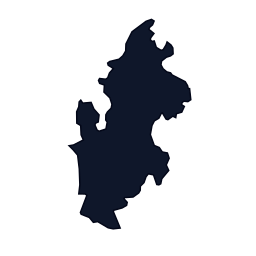 outline of Buckinghamshire, rotated 225°
{"feature_id": "GBR-2040", "entity_name": "Buckinghamshire", "entity_type": "Administrative County", "adm_level": 1, "iso_a3": "GBR", "parent_name": "United Kingdom", "parent_adm1": "", "projection": "mercator", "projection_center": [-0.785, 51.775], "detail": "fine", "context": "isolated", "style": "filled", "palette": "ink", "viewbox_px": 256, "rotation_deg": 225, "n_neighbors": 0, "source": "natural_earth", "source_scale": "10m", "svg_char_len": 1736}
<svg xmlns="http://www.w3.org/2000/svg" viewBox="0 0 256 256"><g transform="rotate(225 128 128)"><path d="M116.2,46.6L121.9,53.8L133.5,64.6L144.4,73.2L151.4,73.8L157.1,73.8L154.5,77.5L151.1,88.0L156.3,90.0L163.2,96.3L167.6,95.2L175.8,103.2L177.8,108.2L181.0,111.9L181.1,114.3L177.6,113.6L172.2,120.0L165.5,117.3L157.7,116.8L153.3,111.2L154.3,108.9L153.7,106.8L148.5,104.7L146.2,105.2L142.9,111.7L146.9,117.5L149.4,117.9L153.0,121.7L153.9,124.8L153.9,130.0L156.1,133.4L162.1,136.5L170.4,136.4L175.1,141.7L179.6,139.5L182.5,140.8L183.1,142.9L178.3,146.7L177.8,149.1L180.0,153.8L180.4,159.7L186.4,158.4L188.3,159.5L188.0,162.0L183.0,170.3L182.7,175.4L184.1,180.8L188.9,186.0L193.2,198.9L190.7,216.2L188.2,221.4L185.2,222.1L183.6,218.3L183.9,214.5L183.1,212.5L176.5,213.2L175.7,207.7L174.3,206.0L172.2,206.3L171.0,208.1L165.0,205.0L159.6,206.3L158.5,208.2L159.8,213.5L161.2,216.5L156.2,217.1L152.9,216.3L148.5,212.3L148.9,209.1L150.9,205.2L151.6,199.1L149.4,196.0L145.1,194.7L140.3,195.1L136.9,197.1L134.3,196.7L120.3,201.2L115.9,200.1L113.3,198.5L112.3,199.4L103.6,192.4L104.3,189.0L107.5,186.4L107.7,184.1L106.5,182.4L103.4,183.1L101.2,177.2L103.9,172.3L101.6,169.1L104.7,168.0L105.7,162.1L107.4,161.2L114.4,163.0L114.8,161.9L113.1,156.7L114.4,151.7L112.8,146.7L107.5,139.1L97.1,134.2L92.1,136.3L86.8,135.3L82.5,138.2L77.5,135.7L74.8,128.9L69.2,126.8L68.2,116.0L65.4,111.7L66.0,109.6L67.7,108.4L76.8,112.9L81.2,110.0L80.8,106.3L78.1,100.7L78.1,95.6L75.3,92.6L74.5,89.6L75.6,82.8L81.2,76.4L80.9,75.1L76.0,74.9L74.3,72.3L75.6,67.4L80.0,59.6L79.0,58.4L69.3,54.4L62.8,51.7L67.2,46.2L71.5,43.4L83.2,40.4L85.8,36.8L92.1,37.4L100.1,33.9L101.9,34.6L109.5,51.4L111.7,51.0L116.2,46.6Z" fill="#0f172a" stroke="#020617" stroke-width="1.5"/></g></svg>